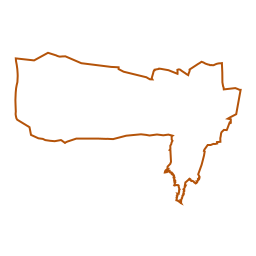 outline of Ayacucho, San Luis, Argentina
{"feature_id": "61730980B39092532797168", "entity_name": "Ayacucho", "entity_type": "district", "adm_level": 2, "iso_a3": "ARG", "parent_name": "Argentina", "parent_adm1": "San Luis", "projection": "natural_earth1", "projection_center": [-66.166, -32.297], "detail": "fine", "context": "isolated", "style": "outline", "palette": "amber", "viewbox_px": 256, "rotation_deg": 0, "n_neighbors": 0, "source": "geoboundaries", "source_scale": "gbopen_adm2", "svg_char_len": 5402}
<svg xmlns="http://www.w3.org/2000/svg" viewBox="0 0 256 256"><path d="M31.0,134.9L38.4,138.3L42.8,138.9L45.3,140.1L50.2,140.8L54.7,141.2L60.7,140.1L61.3,140.2L64.3,142.4L64.7,142.5L64.9,142.9L65.1,142.9L65.4,142.5L67.3,141.6L76.3,138.6L98.1,138.6L106.5,138.9L107.7,138.8L108.8,138.9L113.1,139.1L126.2,135.7L141.0,134.3L146.2,134.9L149.5,135.5L157.0,134.5L163.3,135.3L168.4,134.6L172.6,135.7L172.0,136.2L171.8,136.2L171.6,136.5L171.7,137.4L171.7,139.6L172.5,140.8L171.6,142.4L171.4,143.3L171.2,144.3L170.3,145.7L170.4,148.9L169.6,150.0L170.4,150.3L170.5,151.4L170.4,151.8L170.5,152.3L170.9,160.1L171.0,161.5L170.9,162.2L170.5,163.0L170.4,163.7L167.6,166.6L167.4,168.4L167.4,168.9L167.5,168.9L165.7,170.3L165.5,170.5L165.1,171.3L164.8,172.5L165.1,172.5L165.5,172.3L165.8,172.1L166.0,171.8L166.6,172.1L166.8,172.2L167.1,172.0L167.6,171.7L167.8,171.7L167.9,171.4L167.7,171.1L167.8,171.0L168.1,170.6L168.3,170.3L168.5,170.2L169.0,170.5L169.4,170.5L169.5,170.9L169.8,171.1L169.7,171.8L169.9,172.3L170.1,172.5L170.8,172.6L171.1,172.6L171.4,172.4L171.7,172.5L171.9,172.7L172.1,173.4L171.9,173.6L171.6,173.6L171.6,173.9L172.0,174.3L172.3,174.3L172.5,174.3L172.9,174.1L173.2,175.2L173.4,175.3L173.6,175.2L173.9,175.3L173.9,175.5L174.1,176.0L173.8,176.3L173.8,176.6L174.0,177.1L173.6,177.2L173.5,177.3L173.5,177.5L173.9,177.6L174.2,177.4L174.4,177.5L174.1,178.0L174.3,178.4L174.1,178.9L174.1,179.0L174.5,179.6L174.6,179.8L174.3,179.8L174.1,180.1L174.1,180.3L174.3,180.5L174.5,180.2L174.9,180.2L175.0,180.3L175.0,180.5L174.8,180.5L174.5,180.9L174.3,181.1L174.3,181.4L174.4,181.5L174.4,182.0L174.6,182.2L174.8,182.1L174.7,182.4L175.1,182.5L174.8,182.9L174.9,183.5L174.6,184.3L174.6,184.9L174.2,185.3L174.4,185.5L176.8,185.0L178.3,185.2L178.7,185.6L178.7,186.9L179.3,188.7L179.3,188.9L179.6,189.5L179.2,189.8L179.0,190.1L179.1,190.6L179.2,191.0L179.1,191.7L179.1,191.9L178.9,192.0L178.8,192.4L178.7,192.7L178.8,192.8L178.7,193.1L178.7,193.3L178.5,193.2L178.6,193.3L178.5,193.5L178.5,193.3L178.3,193.3L178.0,193.8L178.2,193.7L178.3,193.6L178.2,193.7L178.0,194.1L177.9,194.3L177.7,194.2L177.8,194.4L177.7,194.7L177.5,194.8L177.6,195.0L177.5,195.3L177.5,195.5L177.4,195.6L177.5,195.5L177.6,195.4L177.4,195.8L177.6,195.7L177.5,195.8L177.6,195.7L177.3,196.0L177.1,196.9L177.1,197.0L176.8,198.3L176.6,198.9L176.6,199.0L176.5,199.3L176.5,199.6L176.7,199.8L176.8,200.0L177.0,200.2L177.0,200.3L176.9,200.4L177.3,200.5L177.8,200.8L178.0,200.7L178.3,201.0L178.8,201.3L179.0,201.6L179.3,201.7L179.3,201.8L179.6,202.0L179.7,201.9L179.9,202.2L180.1,202.3L180.7,203.0L181.1,203.2L180.8,202.7L181.1,202.1L180.9,201.6L180.7,201.0L180.9,201.1L181.0,201.2L181.1,201.3L181.2,201.0L181.2,200.8L181.0,200.7L180.9,200.3L181.0,199.8L181.4,199.4L182.0,198.3L181.8,198.0L182.2,197.4L182.3,197.0L182.4,196.8L182.4,196.4L182.7,195.9L182.9,195.6L182.9,195.4L182.7,195.3L182.9,195.0L183.4,194.8L183.4,194.6L183.5,194.5L183.4,194.2L183.5,194.1L183.7,193.9L183.4,193.6L183.7,193.2L183.6,192.9L183.6,192.6L183.6,192.3L183.7,192.1L183.6,191.9L183.8,191.5L183.8,191.2L184.1,191.1L184.0,190.8L184.1,190.4L183.9,189.9L184.1,189.8L184.0,189.7L183.7,189.5L183.6,189.3L183.5,189.2L184.1,188.7L185.6,185.7L184.8,185.8L185.4,182.4L186.0,182.0L189.0,179.3L189.1,179.0L189.4,178.8L189.5,178.7L189.7,178.8L189.9,179.0L190.2,179.1L190.3,179.2L190.2,179.5L190.1,179.9L190.5,180.0L190.7,180.3L191.1,180.4L191.2,180.9L191.3,181.0L191.6,180.9L191.9,181.0L192.2,180.9L192.6,180.9L193.8,181.6L193.8,181.9L194.1,182.3L194.4,182.5L195.5,183.3L195.7,183.0L195.9,183.0L195.9,183.3L196.0,183.1L196.3,183.1L196.5,182.2L197.0,182.3L197.1,182.2L196.9,181.6L197.2,181.7L197.4,181.5L197.5,181.1L197.6,180.6L197.8,180.1L198.2,180.2L198.3,180.1L198.6,179.7L198.6,179.4L198.5,179.2L199.0,179.3L199.1,179.2L199.1,178.9L198.8,178.7L199.1,178.5L198.9,178.1L199.0,177.9L199.3,178.0L199.4,177.9L199.4,177.6L199.2,177.3L199.6,177.0L199.6,176.9L198.2,174.3L201.6,164.8L202.4,161.8L204.0,155.6L204.7,151.5L203.9,151.0L204.4,149.6L207.7,145.0L210.7,145.0L211.6,144.6L213.4,143.9L215.0,144.0L217.2,143.5L217.0,142.1L220.4,141.8L220.3,138.1L220.7,136.3L221.1,133.3L221.6,132.1L223.9,129.9L226.0,130.0L226.7,130.1L226.9,129.8L229.7,122.3L229.9,122.3L230.2,122.6L230.4,123.1L230.6,123.1L230.8,122.9L230.8,119.3L227.8,118.7L230.2,117.3L236.2,114.2L240.6,89.9L240.3,89.9L239.2,89.7L237.7,89.0L235.3,88.1L223.8,89.4L223.6,87.5L223.1,86.3L222.4,82.3L222.3,72.6L221.9,63.1L220.7,63.3L219.3,63.3L217.7,63.6L216.5,63.9L215.1,64.5L213.6,65.2L211.8,65.2L211.2,65.0L210.1,65.2L208.9,64.6L208.3,64.6L207.2,64.2L206.5,64.0L205.2,63.5L203.5,62.5L201.5,61.8L199.9,62.9L198.0,64.0L196.5,65.0L189.6,69.5L189.5,69.8L189.7,70.1L189.7,70.5L189.3,71.9L188.9,72.9L188.6,73.5L188.2,75.1L186.6,74.2L185.1,73.1L182.8,71.6L181.3,70.6L180.4,69.8L179.6,69.5L178.7,69.4L177.4,69.8L177.6,73.1L177.5,73.8L168.5,70.2L161.2,68.9L159.8,68.7L159.6,68.8L159.0,68.6L158.5,69.0L154.7,69.7L154.7,70.3L153.9,70.6L153.7,71.4L153.5,71.7L153.3,72.4L153.3,72.7L151.7,78.2L152.4,79.4L149.9,79.3L147.8,78.1L147.7,78.1L146.5,77.3L123.6,71.7L118.6,69.1L118.6,67.3L111.0,66.9L81.3,63.2L65.3,56.3L63.9,56.4L62.7,56.4L60.4,56.6L59.5,56.6L57.4,56.0L56.2,55.4L48.0,52.8L34.1,60.4L15.8,58.4L16.0,61.0L16.7,64.7L17.3,69.0L17.6,73.2L17.7,75.9L17.4,82.1L16.7,85.0L16.1,88.3L15.7,92.7L15.4,100.1L15.5,103.6L15.6,106.4L15.8,111.5L15.6,114.1L15.9,116.1L16.4,118.3L17.2,119.7L29.5,127.2L31.0,134.9Z" fill="none" stroke="#b45309" stroke-width="2"/></svg>